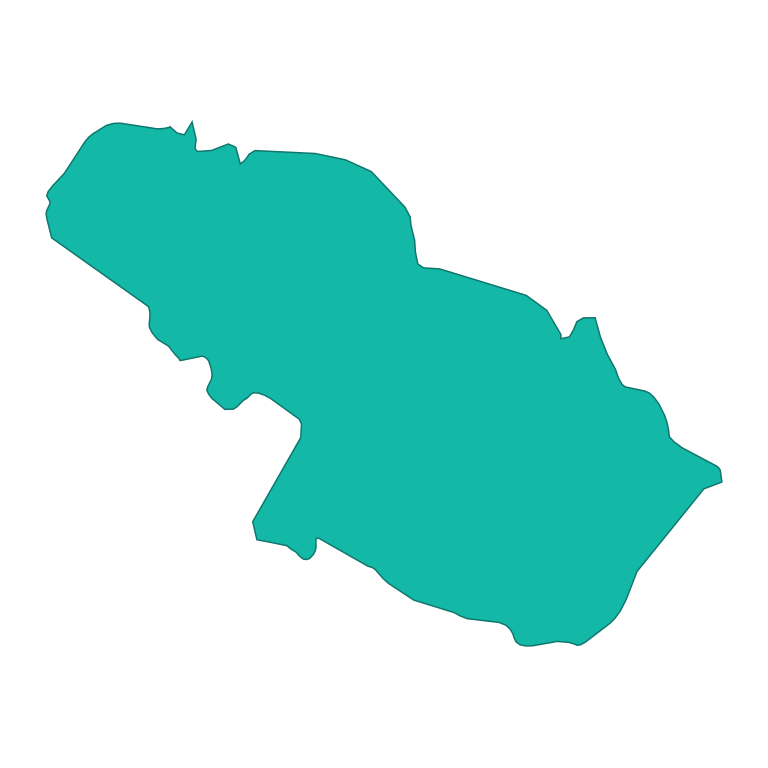 outline of Viroviticko-Podravska
{"feature_id": "HRV-1606", "entity_name": "Viroviticko-Podravska", "entity_type": "County", "adm_level": 1, "iso_a3": "HRV", "parent_name": "Croatia", "parent_adm1": "", "projection": "orthographic", "projection_center": [17.571, 45.727], "detail": "fine", "context": "isolated", "style": "filled", "palette": "teal", "viewbox_px": 768, "rotation_deg": 0, "n_neighbors": 0, "source": "natural_earth", "source_scale": "10m", "svg_char_len": 2015}
<svg xmlns="http://www.w3.org/2000/svg" viewBox="0 0 768 768"><path d="M169.9,126.7L177.0,133.0L184.4,134.8L192.1,122.0L196.1,139.4L195.0,148.5L197.3,151.5L211.4,150.5L228.3,144.0L235.8,147.3L240.3,163.9L244.2,160.9L246.9,157.7L248.9,154.4L254.9,150.6L315.2,153.5L345.3,159.8L371.3,171.6L404.9,207.1L410.1,216.8L410.9,225.0L414.6,240.2L415.4,251.9L416.4,257.2L417.8,264.0L423.6,267.9L439.6,268.9L526.2,295.4L546.8,310.4L560.9,334.5L561.0,338.7L569.5,336.9L573.6,329.6L576.9,321.6L583.5,317.9L595.2,317.8L595.3,318.6L600.6,337.6L607.4,354.5L615.5,369.5L618.7,378.6L622.1,384.4L625.2,386.9L645.1,391.1L649.3,393.0L653.8,397.2L658.7,403.6L664.7,415.6L667.2,423.3L668.4,429.4L669.5,437.0L674.3,442.1L682.3,447.9L717.3,466.5L719.1,468.4L720.2,469.9L721.9,482.0L703.9,488.8L637.0,571.5L626.4,599.0L620.3,611.0L615.1,618.1L610.2,623.1L585.5,642.0L581.0,644.6L577.2,645.3L574.6,644.1L569.0,642.4L557.2,641.4L533.2,645.7L526.2,646.0L520.1,644.8L516.3,642.1L514.3,638.4L512.9,633.9L510.2,629.2L505.9,625.2L498.9,622.4L467.4,618.7L460.3,616.0L454.1,612.6L413.8,600.1L388.6,583.5L383.3,578.7L375.1,569.4L372.3,567.5L367.9,566.2L318.6,538.1L316.5,538.1L315.9,540.4L316.0,547.7L315.1,551.2L313.3,554.6L309.6,558.5L306.7,559.5L303.7,559.2L300.7,557.1L298.5,555.0L296.3,552.3L291.3,549.3L286.7,545.6L256.9,539.7L252.7,521.7L300.8,437.5L301.5,424.0L299.3,419.2L270.3,398.3L264.8,395.3L258.4,393.1L254.2,392.8L251.6,393.6L246.9,398.2L243.2,400.5L237.1,406.7L233.5,409.1L224.9,409.4L211.5,398.0L208.6,394.0L206.8,390.2L207.8,386.6L211.5,379.1L212.1,374.3L211.2,368.8L208.7,360.8L205.6,357.4L202.3,356.1L181.3,360.4L179.9,360.4L179.1,358.6L175.2,354.6L168.5,346.1L157.7,339.5L152.4,333.1L149.5,327.7L149.2,324.3L149.9,316.5L149.9,312.0L148.5,306.6L51.7,237.9L47.0,219.3L46.1,214.1L46.6,210.7L50.0,203.7L49.8,201.3L46.7,195.8L48.2,191.5L52.8,185.6L64.3,173.4L85.3,141.2L89.1,136.9L92.9,133.8L106.4,125.4L113.7,123.4L120.5,123.2L157.5,128.9L164.4,128.4L169.2,127.4L169.9,126.7Z" fill="#14b8a6" stroke="#0f766e" stroke-width="1.5"/></svg>